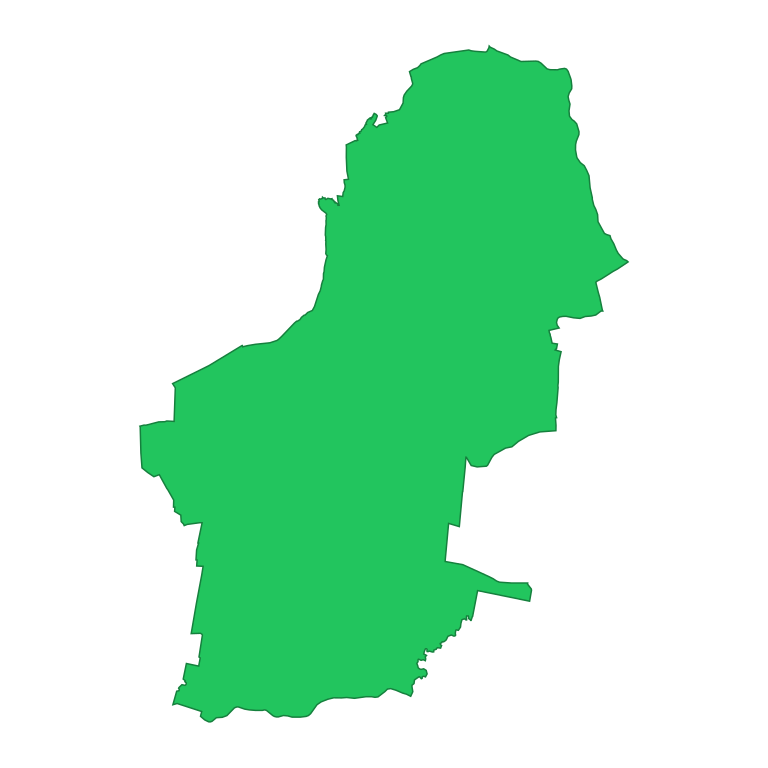 the district of Recas, Timis, Romania
{"feature_id": "2599482B57862880882591", "entity_name": "Recas", "entity_type": "district", "adm_level": 2, "iso_a3": "ROU", "parent_name": "Romania", "parent_adm1": "Timis", "projection": "albers", "projection_center": [21.537, 45.827], "detail": "fine", "context": "isolated", "style": "filled", "palette": "green", "viewbox_px": 768, "rotation_deg": 0, "n_neighbors": 0, "source": "geoboundaries", "source_scale": "gbopen_adm2", "svg_char_len": 6085}
<svg xmlns="http://www.w3.org/2000/svg" viewBox="0 0 768 768"><path d="M346.7,697.5L354.5,698.3L366.1,696.7L371.5,696.7L375.0,697.3L378.0,696.9L384.9,691.6L387.4,689.1L390.7,688.6L395.9,690.2L402.7,693.1L406.5,694.2L410.7,696.3L412.8,691.7L412.0,686.8L412.0,685.2L414.0,683.6L414.5,679.9L419.1,676.7L419.6,676.8L421.3,678.7L422.1,678.4L422.3,676.9L422.8,676.5L423.8,676.3L425.5,676.9L427.1,673.9L426.2,670.4L423.7,668.8L421.1,669.4L419.7,669.0L418.2,667.8L417.6,665.3L416.8,663.5L418.0,661.7L418.0,660.0L418.3,659.3L418.7,659.2L421.1,660.3L423.3,659.7L425.3,660.7L425.7,659.0L425.3,656.8L426.5,655.4L423.8,654.0L424.2,651.9L425.3,649.0L425.7,648.7L426.6,648.8L427.1,649.4L426.9,651.0L427.2,651.6L428.2,651.6L429.2,651.1L432.3,652.0L433.7,651.9L433.8,650.5L434.0,650.0L436.2,649.3L436.4,648.7L437.5,647.7L440.6,648.1L441.6,645.5L440.5,644.7L440.2,643.5L441.8,642.6L442.2,641.7L443.7,641.8L445.6,640.5L446.3,639.7L447.9,636.3L451.3,635.0L453.9,636.1L455.0,635.9L455.6,635.2L455.3,633.1L455.8,630.2L456.4,629.9L458.4,630.3L460.5,627.1L460.9,623.5L461.9,619.7L464.4,618.8L466.1,620.0L466.7,619.8L466.3,618.2L466.6,616.0L468.2,615.9L468.6,616.9L468.5,618.5L470.1,619.5L470.6,620.4L471.1,620.4L472.3,616.7L472.6,616.5L477.6,590.6L529.6,601.2L531.5,590.3L531.3,589.0L527.6,584.2L527.7,583.0L511.3,583.0L499.6,582.2L496.7,581.1L493.1,578.7L488.7,576.5L462.9,564.7L445.2,561.5L445.2,560.3L448.6,523.4L459.3,526.6L462.4,492.9L462.6,491.4L462.8,491.4L465.2,467.0L465.9,457.2L466.4,457.3L471.2,465.5L477.1,466.9L486.4,466.2L487.6,465.2L491.9,457.3L494.2,454.4L505.5,448.1L511.9,446.8L518.4,441.4L528.6,435.4L539.9,431.9L555.9,430.7L556.0,425.4L555.5,418.4L555.5,417.9L556.6,417.7L555.8,414.9L556.0,409.7L556.9,402.6L558.1,387.7L557.9,385.5L558.3,382.2L558.4,366.4L559.3,359.8L561.1,351.7L555.2,350.0L556.5,348.6L556.3,348.3L556.7,347.7L557.4,344.0L552.1,343.2L550.8,337.2L550.3,335.8L550.1,334.1L549.4,332.7L549.0,330.4L559.1,328.0L557.2,325.3L556.5,322.4L557.2,319.5L557.8,318.2L559.5,317.0L562.8,316.4L566.1,316.3L573.6,317.8L580.1,318.4L585.2,316.5L591.2,316.0L595.8,315.0L600.9,311.1L602.8,311.0L602.3,309.9L599.7,297.3L598.3,292.5L595.8,282.3L597.1,281.1L601.2,279.0L613.1,271.4L617.5,269.0L628.1,261.9L626.7,260.6L623.4,259.2L622.6,258.5L618.2,253.4L616.4,250.1L613.8,243.8L610.9,238.7L610.0,235.6L606.7,234.6L604.4,233.4L598.0,221.7L597.6,214.6L595.8,209.4L593.8,205.4L592.3,199.3L592.3,197.7L590.1,187.8L589.0,175.7L586.7,170.4L584.3,165.8L580.3,162.6L577.3,158.3L576.8,157.2L575.5,150.0L575.6,144.6L576.3,141.2L578.9,134.6L579.0,131.7L576.7,123.9L574.2,121.1L572.0,119.6L569.5,116.2L569.0,110.9L570.0,104.1L568.8,100.2L568.1,96.6L569.2,93.0L571.7,88.8L571.8,85.9L571.1,79.9L570.6,78.2L568.1,71.3L566.5,69.1L564.6,68.4L559.7,69.1L557.5,69.8L550.0,69.7L547.1,68.9L541.1,63.2L538.2,61.4L535.7,61.1L521.0,61.5L510.5,57.0L508.0,55.0L496.8,50.9L494.3,49.1L490.2,47.2L489.2,46.1L488.9,47.8L487.0,51.3L485.6,52.1L474.9,51.3L471.2,50.8L468.8,50.0L444.1,53.5L440.8,54.9L437.2,56.9L421.2,63.8L420.6,64.3L420.1,65.3L417.5,67.7L413.3,69.3L409.5,71.6L411.0,76.8L411.3,76.9L411.4,78.7L412.7,83.4L412.6,84.2L411.7,86.0L406.8,91.2L404.2,95.0L403.4,97.6L403.1,103.0L399.5,109.7L393.7,111.7L388.4,112.2L388.3,113.2L385.6,113.2L385.8,114.2L384.6,115.5L386.6,115.8L386.7,116.6L385.6,117.6L387.6,123.0L379.2,125.0L376.8,127.4L372.9,124.7L375.7,120.4L377.2,116.2L377.2,115.7L376.1,114.4L374.2,113.4L373.2,115.0L373.2,115.7L372.3,116.5L372.4,117.3L370.6,117.8L371.3,118.8L370.7,119.0L369.6,118.3L367.3,120.2L367.2,120.8L366.0,122.9L366.4,124.3L365.5,124.3L364.3,127.0L362.5,129.2L361.7,129.6L360.9,131.5L359.6,131.8L359.4,132.5L359.7,133.3L358.9,133.4L357.8,134.7L357.4,134.3L356.1,135.3L356.3,136.4L357.3,138.1L357.0,139.0L357.7,140.3L356.2,140.9L355.2,140.6L346.2,144.9L346.4,147.1L346.3,157.3L346.9,171.1L348.5,179.3L344.1,179.8L344.3,182.8L345.0,184.9L345.1,187.1L344.2,190.9L343.2,192.5L342.7,196.5L337.4,195.8L337.9,200.3L339.1,205.3L337.9,205.3L337.8,204.0L336.3,202.9L335.1,202.9L334.9,202.4L335.0,201.9L334.1,201.7L333.7,200.4L331.7,199.4L331.9,198.7L330.6,198.9L327.9,198.3L325.9,199.5L325.2,199.1L325.1,198.0L323.3,197.9L322.5,197.2L322.3,198.5L320.4,199.1L319.7,198.8L318.7,199.7L319.2,201.2L318.4,202.0L318.8,203.0L318.5,203.8L318.9,204.3L319.2,206.0L320.3,208.2L321.7,209.9L325.9,213.1L326.7,214.3L326.0,216.1L326.3,217.2L326.2,220.1L326.0,220.5L326.1,224.5L325.6,227.4L325.3,235.1L325.7,236.6L325.8,239.7L325.6,240.5L325.9,241.1L325.8,244.2L326.1,249.4L325.8,253.7L326.5,255.0L327.4,255.7L326.0,259.9L324.4,267.3L324.1,271.6L323.5,273.6L323.4,279.3L322.6,281.0L321.4,285.2L321.3,286.5L320.2,290.8L318.4,294.4L314.5,306.5L312.6,310.0L312.3,310.5L307.7,312.5L305.2,315.0L304.1,315.2L301.4,317.4L300.0,319.6L297.2,321.3L296.6,321.2L294.4,323.1L281.6,336.5L278.5,339.4L276.9,340.5L269.9,342.8L255.4,344.3L247.7,345.6L242.7,346.8L242.3,345.5L242.1,345.5L208.8,365.7L172.6,383.6L175.3,387.8L174.1,421.4L166.7,421.0L164.9,421.7L158.7,421.9L145.9,425.2L144.0,425.1L139.9,426.2L140.2,426.8L140.9,453.1L142.0,467.9L147.7,472.5L153.9,476.7L159.3,474.7L166.8,488.4L167.9,489.9L173.7,500.1L173.5,507.1L174.9,507.2L174.6,511.4L180.8,515.1L181.2,521.6L183.5,524.0L184.2,525.6L187.2,524.4L199.8,522.7L202.1,522.8L197.9,543.0L198.6,543.1L196.6,549.9L196.0,559.9L197.1,560.0L196.7,566.0L203.1,566.3L201.8,574.6L196.4,603.4L191.2,633.6L200.5,633.3L201.9,634.2L202.4,635.1L199.0,657.0L200.2,658.0L198.7,666.1L186.4,663.5L183.2,679.1L185.0,680.5L184.9,681.3L185.4,681.4L185.3,682.2L186.3,682.9L186.2,684.1L185.6,685.0L184.9,685.3L181.9,684.7L179.0,687.5L178.6,688.3L179.3,689.3L179.0,690.7L176.7,691.2L172.9,704.7L177.1,703.5L201.7,711.5L200.5,716.3L204.7,719.9L208.6,721.8L210.2,721.9L211.9,721.4L216.4,717.7L222.3,717.3L226.9,715.6L234.5,707.8L236.9,706.9L238.2,706.9L244.7,709.1L249.4,709.9L255.6,710.4L262.4,710.4L264.4,709.9L265.6,710.1L266.6,710.5L272.7,715.5L274.3,716.4L276.3,716.9L278.4,716.9L283.4,715.5L287.8,715.9L292.0,717.1L300.5,717.1L306.2,716.4L308.5,715.5L310.6,713.7L317.0,704.7L321.1,701.9L327.6,699.3L333.7,697.8L341.6,697.9L346.7,697.5Z" fill="#22c55e" stroke="#15803d" stroke-width="1.5"/></svg>